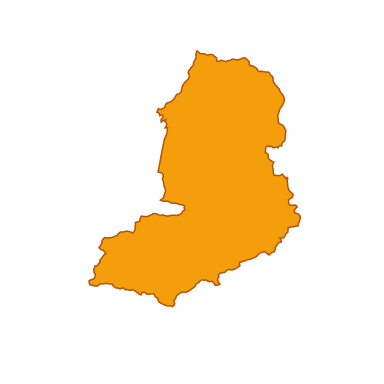 São José dos Campos, São Paulo, Brazil, rotated 227°
{"feature_id": "56859067B71151444408433", "entity_name": "São José dos Campos", "entity_type": "district", "adm_level": 2, "iso_a3": "BRA", "parent_name": "Brazil", "parent_adm1": "São Paulo", "projection": "orthographic", "projection_center": [-45.928, -23.061], "detail": "fine", "context": "isolated", "style": "filled", "palette": "amber", "viewbox_px": 384, "rotation_deg": 227, "n_neighbors": 0, "source": "geoboundaries", "source_scale": "gbopen_adm2", "svg_char_len": 5238}
<svg xmlns="http://www.w3.org/2000/svg" viewBox="0 0 384 384"><g transform="rotate(227 192 192)"><path d="M121.6,99.5L121.3,101.4L122.1,103.2L124.1,104.0L125.1,105.1L125.1,107.3L126.2,108.7L126.5,110.6L126.5,112.4L126.1,114.7L125.6,116.4L124.0,117.9L122.6,119.6L122.1,121.3L121.4,123.5L121.5,125.8L120.9,127.6L120.8,129.9L122.1,132.0L121.4,133.8L121.2,135.5L121.5,137.8L120.7,139.7L119.3,140.6L117.9,142.4L116.0,142.7L114.5,143.6L113.2,145.6L110.5,146.0L108.1,145.3L106.0,147.8L105.6,149.8L107.6,149.8L109.4,150.3L111.0,151.4L111.4,153.6L113.0,154.3L113.6,156.6L112.4,158.9L110.9,161.3L110.8,164.7L110.0,166.5L108.6,167.1L107.1,169.2L106.2,171.5L105.7,174.3L105.4,176.8L107.0,177.6L108.0,178.8L107.1,180.4L106.8,182.0L105.5,183.6L104.8,186.3L103.0,188.6L102.3,191.0L101.4,193.1L100.9,195.2L101.0,197.0L101.3,198.9L100.6,201.2L99.1,204.1L96.7,205.1L94.9,204.9L93.4,205.4L93.4,207.3L93.2,209.1L92.2,211.4L93.5,214.1L94.9,215.6L95.4,219.0L95.7,221.2L94.5,223.3L96.0,224.5L98.5,224.8L97.3,226.0L96.0,227.9L96.4,230.1L97.5,232.2L97.2,234.6L98.6,236.2L100.4,238.0L99.5,239.5L98.7,241.0L97.3,242.3L96.3,244.5L94.9,246.3L96.3,248.2L96.9,249.8L97.9,251.4L98.9,253.4L100.7,254.7L103.3,254.8L106.4,253.0L108.1,253.6L109.4,255.7L109.2,258.7L111.5,259.0L112.7,257.9L113.7,256.6L115.1,255.0L117.6,254.7L118.9,256.0L120.7,257.4L120.1,259.2L119.7,261.3L120.6,263.8L122.2,264.4L123.8,264.2L126.8,264.0L129.3,264.9L131.3,266.3L133.3,267.9L135.5,269.5L136.6,271.3L138.1,271.4L137.9,269.6L139.5,270.0L141.4,270.1L143.5,270.2L144.0,267.9L145.2,266.1L146.8,264.8L148.7,263.4L151.4,265.2L153.4,266.9L154.9,267.6L156.4,268.8L157.5,270.7L158.2,272.3L160.0,271.4L161.6,271.1L163.5,270.6L165.4,271.5L167.3,273.2L169.4,273.1L171.0,272.5L172.2,274.1L174.4,276.6L174.2,278.8L172.3,279.4L171.2,281.4L169.4,281.4L168.0,282.5L167.6,284.5L165.7,284.9L166.2,287.3L164.5,289.2L166.1,290.5L166.6,292.2L166.2,294.5L167.4,296.5L169.5,298.4L171.0,300.2L172.9,302.5L175.3,303.1L177.2,303.7L179.1,303.8L181.6,302.8L183.9,302.6L185.2,303.5L186.4,304.7L188.4,305.8L189.8,307.6L190.8,309.2L191.6,311.0L192.9,313.2L193.3,315.5L193.7,317.1L194.6,319.1L195.4,321.2L196.6,322.7L198.4,323.7L201.3,324.6L203.2,324.7L204.9,324.7L206.6,325.6L208.2,326.1L210.4,326.0L213.6,326.1L216.7,326.6L218.9,327.6L220.1,329.2L221.9,329.6L224.0,329.2L225.8,329.8L227.3,329.9L229.1,328.1L231.5,326.1L233.5,324.7L234.1,323.3L235.9,322.9L237.2,323.5L239.6,323.5L241.8,322.6L243.4,322.1L244.5,320.9L246.6,321.1L248.1,322.6L250.4,322.6L253.0,322.6L254.9,321.6L255.6,319.8L256.1,318.0L257.1,316.3L258.4,314.7L260.4,313.3L261.8,311.9L262.4,309.3L263.6,308.0L264.1,305.7L266.1,304.6L268.5,303.2L269.2,300.8L270.6,299.5L272.3,300.7L273.7,301.4L275.9,300.9L278.1,300.9L279.4,300.0L280.6,298.7L281.2,296.8L283.5,295.7L285.1,295.0L286.4,293.4L288.2,292.2L289.7,292.2L291.8,292.1L291.2,290.5L289.9,288.5L288.3,287.4L287.1,285.9L286.3,283.1L285.2,280.9L283.9,279.7L283.7,278.1L283.8,276.2L283.1,274.5L283.1,272.5L281.4,270.1L279.3,269.9L278.3,268.7L277.2,266.5L277.1,264.4L277.2,262.0L276.6,259.3L276.0,257.3L275.0,255.9L274.2,254.6L273.3,253.1L272.5,251.6L272.7,249.3L273.8,247.2L273.3,245.5L272.7,243.8L272.3,241.6L272.2,239.5L272.9,237.0L274.2,234.4L274.0,232.4L273.1,231.0L272.4,229.2L273.1,226.6L274.4,224.9L276.0,224.2L275.2,222.7L274.3,220.7L271.9,221.7L269.9,220.4L269.0,222.8L267.0,222.4L266.2,220.8L266.0,218.4L264.1,217.2L263.9,219.8L262.7,222.3L262.3,220.3L260.1,220.3L258.7,219.7L257.8,217.9L257.3,216.0L255.7,218.0L254.2,216.1L252.3,214.3L251.2,211.9L250.3,209.8L249.4,207.8L243.3,199.2L229.7,180.8L228.2,181.7L226.5,183.0L224.6,182.7L222.9,181.7L221.9,179.2L219.5,178.4L217.4,176.9L214.9,175.3L212.1,174.4L210.5,172.9L209.4,170.8L208.6,169.3L207.2,167.0L207.6,163.4L205.9,164.1L204.5,164.8L203.0,166.9L201.2,168.3L198.8,169.0L196.8,170.2L194.8,172.5L192.6,173.7L190.6,174.9L189.0,176.4L187.1,177.1L185.8,175.4L183.8,174.5L184.3,172.5L183.8,170.7L183.5,168.8L184.3,166.8L185.4,164.6L186.8,163.4L188.4,161.8L189.7,159.9L190.7,158.0L191.9,157.0L194.0,155.7L195.7,154.5L196.6,152.5L199.1,151.8L200.8,150.7L202.6,149.0L203.0,147.1L203.6,145.0L204.7,142.2L207.0,140.1L209.0,138.4L207.8,135.7L206.3,133.6L207.5,131.3L208.4,129.9L206.8,128.5L205.1,126.4L203.3,124.8L202.6,122.5L202.3,120.5L204.2,120.2L205.7,119.2L207.6,117.9L208.7,116.3L209.8,114.2L211.6,112.3L211.8,109.9L211.1,107.9L212.2,105.5L213.0,103.0L214.2,101.2L215.7,99.3L217.0,98.0L218.3,97.1L218.2,95.2L217.9,93.2L216.2,91.3L215.2,88.8L214.7,86.0L212.3,86.0L210.0,87.2L207.6,87.4L205.7,86.9L206.1,85.0L205.7,82.8L205.2,80.0L204.7,77.5L203.3,77.0L203.4,74.7L202.8,72.4L204.1,70.6L203.2,69.1L202.2,67.1L199.6,65.4L197.6,65.1L196.1,63.1L195.3,60.7L196.7,58.5L197.2,56.1L195.3,54.5L193.3,54.1L192.2,55.4L190.3,56.2L188.8,57.6L187.6,59.0L187.7,60.7L187.1,62.7L185.5,64.3L184.5,65.6L183.2,67.5L181.7,68.4L180.4,69.6L179.1,71.0L177.4,70.4L175.6,70.5L173.8,70.9L172.3,72.3L170.3,73.2L169.6,74.9L168.4,76.6L165.9,76.5L164.6,78.3L163.1,79.1L161.8,80.2L160.9,82.3L158.5,82.7L156.1,83.3L153.5,83.6L151.6,84.4L152.5,86.7L151.2,88.9L149.1,89.1L147.5,89.6L146.2,91.3L144.5,93.7L143.2,94.7L140.3,93.6L138.1,94.5L136.7,93.8L134.4,92.7L131.8,93.5L129.5,94.3L126.8,95.5L125.0,96.7L123.6,98.4L121.6,99.5Z" fill="#f59e0b" stroke="#b45309" stroke-width="1.5"/></g></svg>